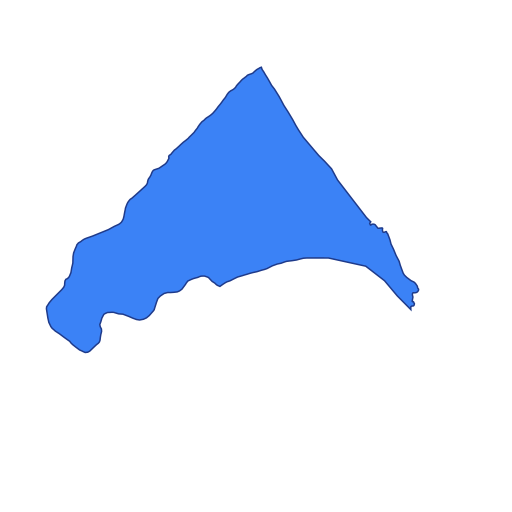 the district of Tonpheung, Bokeo, Laos, rotated 29°
{"feature_id": "54806243B26720131925701", "entity_name": "Tonpheung", "entity_type": "district", "adm_level": 2, "iso_a3": "LAO", "parent_name": "Laos", "parent_adm1": "Bokeo", "projection": "robinson", "projection_center": [100.271, 20.454], "detail": "fine", "context": "isolated", "style": "filled", "palette": "blue", "viewbox_px": 512, "rotation_deg": 29, "n_neighbors": 0, "source": "geoboundaries", "source_scale": "gbopen_adm2", "svg_char_len": 5073}
<svg xmlns="http://www.w3.org/2000/svg" viewBox="0 0 512 512"><g transform="rotate(29 256 256)"><path d="M417.4,227.8L416.5,226.3L416.0,225.2L416.5,224.3L417.8,223.4L418.1,222.7L418.0,221.8L417.6,220.8L417.1,220.6L416.3,219.9L415.6,219.7L415.1,220.1L414.6,219.9L414.2,218.9L413.7,217.5L413.3,216.2L412.8,215.4L411.8,214.4L411.2,213.4L411.1,212.8L411.2,212.0L411.9,211.6L412.6,211.3L413.4,210.7L414.2,209.9L414.6,209.0L414.8,207.7L414.6,206.7L414.1,206.1L413.3,205.8L412.6,205.3L412.2,204.7L411.4,204.0L410.4,203.5L409.5,203.1L408.9,202.7L406.9,202.2L403.5,202.4L400.0,201.9L398.5,201.7L398.4,201.7L395.1,200.8L393.1,199.7L389.7,196.8L386.6,194.1L383.7,191.2L381.7,189.9L378.2,187.6L373.1,183.5L368.3,180.1L365.3,176.9L361.9,174.0L360.5,172.8L359.7,172.5L359.2,172.3L358.5,171.7L358.1,171.5L357.9,171.6L357.5,172.0L357.0,172.7L356.5,173.2L356.2,173.4L355.8,173.5L355.5,173.5L355.2,173.3L354.5,172.7L354.3,172.4L354.0,172.0L353.7,171.4L353.5,170.7L353.3,170.4L353.0,170.3L352.7,170.3L352.2,170.6L351.6,171.1L351.3,171.2L350.7,171.6L350.5,171.9L349.7,172.3L349.4,172.5L348.8,172.5L348.5,172.4L347.8,172.0L347.1,171.7L346.6,171.5L346.1,171.4L345.8,171.2L345.2,170.9L344.8,170.9L344.2,170.9L343.5,171.1L343.0,171.3L342.8,171.5L342.4,171.7L342.2,171.8L341.7,172.4L341.6,172.7L341.6,173.0L341.4,173.3L341.1,173.4L340.8,173.3L340.6,173.2L340.4,172.9L339.9,172.6L339.6,172.3L339.7,171.4L339.7,170.8L339.8,170.5L333.9,168.8L290.5,150.0L279.8,143.1L275.2,141.6L270.1,139.9L262.2,137.7L255.8,135.3L248.4,132.5L239.7,129.2L231.8,125.0L227.5,122.5L221.9,118.9L214.1,114.4L207.4,110.8L203.1,108.0L198.7,105.2L194.9,103.1L191.3,101.1L186.9,99.2L182.9,96.7L179.6,94.7L176.3,92.9L173.5,91.2L170.9,89.9L169.2,88.3L168.6,88.9L168.0,89.7L167.6,90.5L167.0,91.4L166.3,92.6L165.8,93.8L165.6,94.6L165.3,95.0L165.1,95.8L164.8,96.8L164.6,97.5L163.9,98.5L163.1,99.4L162.0,100.6L161.6,101.1L161.1,101.7L160.8,102.3L160.4,103.8L159.9,104.8L159.5,105.9L159.0,106.8L158.4,108.3L158.0,109.7L157.6,111.6L157.4,112.3L156.8,114.6L156.4,116.6L156.4,117.7L156.3,118.6L156.1,119.3L155.6,120.8L155.2,121.6L154.4,122.9L153.9,123.6L153.5,124.5L153.1,125.3L152.8,126.3L152.5,128.2L152.4,129.5L152.4,131.1L152.3,132.4L152.1,133.6L151.8,135.2L151.5,137.9L151.2,140.2L150.5,143.8L150.2,146.4L149.8,148.6L149.4,150.4L149.1,151.8L148.6,153.3L147.9,155.1L146.9,157.1L145.7,159.3L145.2,160.6L145.0,161.4L144.9,162.0L143.6,164.9L143.0,168.0L142.7,171.0L142.7,172.7L142.2,175.3L141.9,178.1L141.5,179.4L140.3,183.5L140.0,184.4L139.7,186.0L138.5,189.0L137.3,191.7L136.2,194.9L135.4,197.5L134.1,201.2L133.3,202.9L132.5,206.7L132.3,208.2L132.0,208.8L131.9,209.1L131.4,209.9L131.3,210.7L131.6,211.7L132.2,212.3L132.5,213.0L132.5,214.5L132.6,216.4L132.5,217.1L132.3,218.5L131.8,220.0L130.9,221.7L130.1,223.3L128.6,226.3L127.3,227.7L125.1,230.1L124.7,230.9L124.5,231.9L124.5,233.4L124.9,236.4L124.9,238.0L124.6,240.7L124.7,241.8L125.1,243.4L125.5,244.3L125.7,245.3L125.7,246.9L125.2,248.9L123.9,252.7L123.2,254.8L121.9,258.6L120.6,262.4L119.5,265.5L118.5,267.4L118.2,268.8L117.9,271.2L118.0,273.2L118.6,277.4L119.1,278.7L120.0,281.6L121.3,285.4L122.0,288.2L122.0,290.0L121.9,291.8L121.2,293.7L120.5,295.0L117.7,298.8L114.1,304.5L103.3,317.9L99.0,322.7L97.6,324.5L96.5,326.5L95.8,328.3L94.8,329.9L94.3,330.8L94.3,331.0L93.9,333.1L94.2,334.6L94.4,337.1L95.0,341.7L96.2,345.1L97.9,348.4L99.2,350.9L99.8,352.9L100.5,355.5L102.2,360.3L102.7,364.6L102.1,367.1L101.0,368.6L101.0,370.4L101.9,372.6L102.8,374.4L102.9,375.9L103.0,376.4L102.4,379.7L98.6,393.0L97.8,397.2L97.7,399.4L97.5,401.9L98.3,403.8L99.8,405.7L104.0,411.1L107.0,414.5L109.0,415.9L110.8,417.2L112.8,418.1L114.9,418.5L117.0,419.0L121.6,419.3L125.8,419.9L128.0,420.2L132.3,420.7L134.4,420.9L136.4,421.8L138.6,422.4L142.9,423.1L147.3,423.7L149.3,423.5L151.4,423.4L153.4,423.2L155.5,421.7L156.7,419.8L158.8,413.0L159.5,410.8L160.4,408.7L160.7,407.1L160.4,405.3L159.3,402.6L158.4,400.1L157.5,396.8L156.2,394.8L154.1,393.4L152.6,391.7L152.2,388.9L151.3,385.0L151.2,380.8L152.0,379.4L153.5,377.4L155.5,376.2L157.2,375.1L158.8,374.3L163.9,373.2L167.8,371.4L174.1,370.5L178.3,370.1L182.2,369.5L185.2,368.4L188.2,365.9L190.2,363.2L191.5,359.9L192.9,353.5L193.0,352.2L192.9,352.1L191.4,344.7L190.8,340.7L191.7,337.4L193.8,333.3L196.5,330.7L198.8,329.5L201.7,327.6L204.5,325.6L206.0,323.7L207.3,320.9L208.1,314.9L208.1,313.8L208.3,312.4L208.5,311.0L209.4,309.7L210.8,307.8L210.9,307.7L212.2,306.1L213.9,304.4L215.4,303.0L216.8,301.2L217.8,300.2L219.1,299.4L220.7,298.5L222.3,298.2L223.9,297.9L225.1,297.9L226.5,298.4L228.4,299.0L230.0,299.5L231.8,299.6L233.2,299.7L234.6,300.1L235.1,300.2L236.4,300.4L237.0,300.3L239.2,300.1L239.6,299.2L241.0,296.3L241.8,294.8L243.0,292.8L245.3,290.3L248.0,286.3L250.1,283.3L253.4,280.0L255.3,278.0L257.2,276.1L259.2,274.0L261.3,272.0L264.5,269.2L267.8,265.7L270.0,263.6L271.7,261.7L272.9,259.9L275.1,256.6L278.5,252.7L281.4,250.2L284.1,247.1L285.5,245.7L290.2,242.3L293.4,239.8L296.4,236.9L298.6,234.9L301.7,232.9L317.1,224.4L320.4,222.6L356.9,211.7L380.4,215.3L398.9,222.4L417.4,227.8Z" fill="#3b82f6" stroke="#1e3a8a" stroke-width="1.5"/></g></svg>